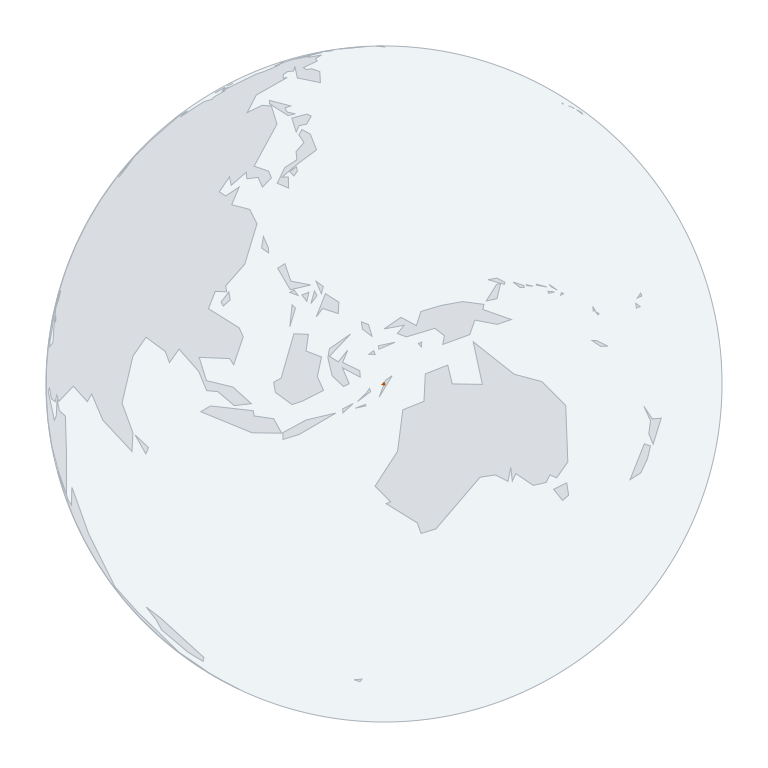 Ermera highlighted on a globe, orthographic projection, rotated 327°
{"feature_id": "TLS-549", "entity_name": "Ermera", "entity_type": "District", "adm_level": 1, "iso_a3": "TLS", "parent_name": "East Timor", "parent_adm1": "", "projection": "orthographic", "projection_center": [125.395, -8.82], "detail": "fine", "context": "on_globe", "style": "filled", "palette": "amber", "viewbox_px": 768, "rotation_deg": 327, "n_neighbors": 0, "source": "natural_earth", "source_scale": "10m", "svg_char_len": 7033}
<svg xmlns="http://www.w3.org/2000/svg" viewBox="0 0 768 768"><g transform="rotate(327 384 384)"><circle cx="384" cy="384" r="338" fill="#eef3f6" stroke="#a8b0b8"/><path d="M648.7,447.6L648.4,450.1L648.0,450.4L648.7,447.6ZM566.4,99.5L567.5,100.3L568.6,102.1L561.5,96.4L566.4,99.5ZM553.1,91.4L551.7,90.7L544.8,86.9L539.6,84.3L531.6,80.2L528.9,78.7L553.1,91.4ZM521.2,75.2L520.7,75.0L511.7,71.2L513.3,71.8L521.2,75.2ZM697.7,266.3L694.9,258.8L697.5,263.8L697.7,266.3ZM692.5,254.2L693.7,256.7L692.6,254.6L692.5,254.2ZM691.4,252.6L692.2,253.8L691.5,253.2L691.4,252.6ZM690.1,251.3L690.7,251.7L690.7,251.9L690.1,251.3ZM687.1,247.2L686.2,246.0L686.5,245.5L687.1,247.2ZM540.3,84.7L542.3,85.9L538.7,84.2L540.3,84.7ZM523.2,76.6L516.9,74.0L522.6,76.2L523.2,76.6ZM512.7,72.2L497.3,66.9L500.5,68.7L482.9,61.6L501.8,67.8L508.4,70.0L508.1,70.2L512.7,72.2ZM475.6,59.0L471.3,57.8L475.0,58.7L475.6,59.0ZM269.8,66.0L270.2,65.8L274.6,64.3L278.6,62.9L278.4,63.6L281.6,62.6L282.9,61.8L290.1,59.5L302.8,56.0L302.0,56.4L297.3,57.7L286.4,61.7L274.0,66.0L275.0,65.9L285.5,62.4L298.9,57.3L306.8,55.3L301.6,57.0L304.1,56.2L307.7,55.3L310.6,55.2L316.9,53.2L358.1,47.4L367.9,47.8L358.6,49.1L386.6,49.1L395.4,51.7L396.6,50.7L410.8,51.4L408.3,50.5L409.9,50.2L445.3,54.4L453.0,56.5L469.6,59.4L470.2,59.2L465.4,57.6L482.9,61.6L500.5,68.7L498.2,68.7L510.8,74.1L503.8,73.7L503.8,76.8L488.8,74.7L490.1,78.2L494.9,80.1L500.3,87.0L494.8,96.6L478.0,80.2L482.2,69.1L478.7,72.3L473.2,69.4L468.0,69.6L466.1,72.7L469.7,74.2L434.3,72.1L417.0,81.9L433.5,83.9L441.0,89.5L435.8,107.7L393.7,130.6L403.2,142.7L401.8,149.8L389.3,152.6L390.9,142.1L380.8,137.2L383.7,131.4L364.1,134.1L367.3,126.1L350.5,133.1L353.7,140.1L369.8,139.9L353.9,150.7L366.5,164.6L364.7,180.5L332.6,207.6L304.6,215.5L302.3,221.0L292.9,214.4L277.8,225.2L293.1,258.0L291.7,267.7L268.4,286.0L268.4,278.6L243.5,261.0L236.9,284.5L255.6,304.2L262.0,328.2L246.7,320.6L240.5,299.9L231.7,293.0L235.5,272.4L231.1,243.1L215.7,249.2L218.3,237.5L209.9,215.2L188.6,223.9L153.9,257.3L146.8,288.3L135.9,303.3L128.5,261.2L133.4,233.2L125.6,237.2L122.3,216.6L101.8,221.5L103.5,215.1L98.6,219.8L97.0,215.2L101.4,204.9L98.3,207.4L87.9,234.7L91.7,232.4L101.4,218.9L97.2,229.6L99.3,237.4L80.5,268.3L57.5,303.8L63.0,281.4L71.7,255.0L82.3,231.7L94.8,209.3L108.8,187.9L124.5,167.6L141.6,148.5L160.2,130.9L180.0,114.6L201.0,99.9L223.0,86.9L246.0,75.5L269.8,66.0ZM62.7,279.3L57.1,305.4L55.8,309.6L56.0,315.3L65.9,300.7L64.2,308.6L54.8,348.4L47.9,407.8L53.3,441.9L60.4,472.5L66.0,497.5L75.6,520.4L79.9,531.2L86.9,544.6L96.0,560.8L96.1,561.0L84.1,539.8L73.7,517.8L64.8,495.0L57.7,471.7L52.2,448.0L48.4,423.9L46.4,399.5L46.2,375.2L47.7,350.8L51.0,326.7L56.0,302.8L62.7,279.3ZM123.9,170.5L128.8,169.0L140.3,153.7L143.2,152.2L146.1,147.9L141.2,152.6L150.3,141.3L157.3,135.8L163.8,129.6L162.4,130.0L148.1,142.3L134.9,158.0L127.9,165.3L123.9,170.5ZM197.8,615.7L204.7,619.5L201.7,620.6L197.8,615.7ZM69.2,458.7L84.0,515.3L81.2,518.0L73.8,502.8L63.6,469.4L64.5,457.4L63.1,441.6L69.2,458.7ZM346.7,388.7L357.2,390.9L356.9,392.5L346.7,388.7ZM335.7,382.4L347.5,383.6L333.8,385.8L335.7,382.4ZM352.2,384.2L364.2,382.0L369.5,379.8L368.6,383.1L352.2,384.2ZM327.7,382.1L285.5,380.1L269.1,375.5L272.7,369.7L299.2,371.8L327.7,382.1ZM271.4,369.5L246.7,353.0L215.3,307.5L226.5,307.9L259.8,335.2L257.7,340.1L272.5,353.0L271.4,369.5ZM332.1,341.5L329.8,356.4L306.3,353.9L295.7,351.2L288.4,331.9L292.4,322.5L301.0,323.0L335.8,292.8L347.6,301.2L336.6,313.9L346.3,327.3L332.1,341.5ZM147.5,291.1L151.8,309.1L146.2,312.9L147.5,291.1ZM351.0,272.2L336.2,284.7L350.0,267.6L351.0,272.2ZM359.8,256.2L360.2,262.9L354.9,256.0L359.8,256.2ZM300.8,229.7L291.7,231.0L292.0,226.5L304.0,222.3L300.8,229.7ZM363.2,194.6L361.1,207.0L358.6,211.2L355.4,203.3L363.2,194.6ZM353.0,47.7L359.3,47.0L361.4,47.0L360.2,47.2L353.0,47.7ZM358.5,47.0L353.4,47.5L352.7,47.5L358.5,47.0ZM569.7,576.0L573.8,581.0L564.2,590.2L550.9,598.4L538.3,598.2L569.7,576.0ZM470.4,578.9L468.9,564.7L483.4,566.4L478.3,577.8L470.4,578.9ZM579.0,569.9L587.6,559.9L589.8,544.1L590.0,559.4L597.9,563.6L576.9,581.1L579.0,569.9ZM413.8,514.5L348.5,533.8L333.7,529.5L336.3,518.7L320.6,485.5L325.4,486.4L320.9,464.8L358.8,447.8L385.7,415.9L408.1,420.3L424.2,398.0L447.7,402.9L441.3,421.1L466.3,437.9L481.8,397.2L498.5,446.7L517.7,468.0L524.7,501.0L495.7,549.5L477.7,556.7L473.6,550.6L466.3,554.9L454.0,550.3L445.8,530.9L438.7,535.3L445.0,522.9L435.0,533.2L427.9,520.9L413.8,514.5ZM582.1,460.8L585.9,463.3L592.3,474.1L586.2,470.5L582.1,460.8ZM639.1,453.5L641.0,458.5L637.0,457.8L639.1,453.5ZM648.0,450.4L643.3,449.9L648.7,447.6L648.0,450.4ZM600.7,438.3L602.7,442.0L601.2,442.6L600.7,438.3ZM599.2,436.8L601.3,432.7L601.1,437.5L599.2,436.8ZM580.5,405.7L582.7,403.9L583.8,406.1L580.5,405.7ZM372.8,392.4L387.2,381.7L395.3,381.5L372.8,392.4ZM577.1,399.7L571.5,397.7L572.0,395.4L577.1,399.7ZM577.4,394.0L576.7,390.4L580.4,399.5L577.4,394.0ZM566.4,383.4L573.4,391.4L565.6,384.0L566.4,383.4ZM562.3,383.2L557.3,379.3L557.6,378.3L562.3,383.2ZM507.4,375.2L525.9,399.3L511.4,395.6L495.0,379.9L482.8,389.3L454.8,382.8L461.0,376.5L457.0,365.0L428.5,356.7L422.8,349.0L432.8,345.7L414.2,337.9L434.5,337.3L442.9,352.7L454.5,343.3L474.8,349.3L494.8,357.7L511.2,371.7L507.4,375.2ZM434.9,368.8L438.5,369.3L435.4,373.3L434.9,368.8ZM547.8,368.8L555.0,377.7L554.2,379.3L550.7,377.3L547.8,368.8ZM515.0,370.0L532.5,361.9L536.7,363.1L525.1,374.0L515.0,370.0ZM528.1,353.2L536.4,356.7L540.8,364.5L539.1,365.9L528.1,353.2ZM393.5,350.5L392.7,354.4L387.5,350.8L393.5,350.5ZM400.1,348.9L416.0,355.0L398.7,352.1L400.1,348.9ZM353.3,331.0L357.7,340.6L371.9,335.8L361.1,343.4L370.9,359.7L367.8,365.3L358.0,347.7L354.9,364.8L348.7,364.0L345.0,348.9L351.2,331.5L357.4,324.7L383.1,323.9L353.3,331.0ZM399.9,337.5L395.8,326.3L398.9,319.6L403.4,325.7L399.9,337.5ZM384.0,300.0L373.6,287.2L363.7,290.9L384.1,276.3L390.7,290.8L384.0,300.0ZM375.8,273.4L366.5,276.7L376.4,268.1L375.8,273.4ZM364.3,272.6L363.7,264.6L370.9,266.2L364.3,272.6ZM380.6,274.2L383.0,260.9L386.2,269.2L380.6,274.2ZM361.9,247.0L376.4,261.0L356.7,253.9L357.9,229.0L366.4,229.1L361.9,247.0ZM421.7,160.4L420.7,154.4L428.9,154.2L427.3,158.3L421.7,160.4ZM454.9,150.9L430.8,152.4L411.3,155.0L416.5,158.3L410.7,167.7L403.8,157.5L418.6,148.5L433.1,148.5L436.8,141.2L448.4,137.9L448.2,128.7L453.8,125.9L458.3,134.5L454.9,150.9ZM447.6,124.9L451.5,110.8L466.3,115.6L468.8,119.7L460.7,123.9L453.4,121.1L447.6,124.9ZM456.8,109.1L449.7,106.6L440.6,86.5L442.4,83.8L457.2,100.0L451.3,98.6L450.9,103.2L456.8,109.1ZM471.8,58.1L471.3,57.8L474.4,58.7L471.8,58.1ZM408.2,49.7L410.9,49.4L414.5,50.1L408.2,49.7ZM420.6,49.4L414.6,48.8L421.2,49.3L420.6,49.4ZM401.2,47.8L412.4,48.5L401.3,48.1L401.2,47.8Z" fill="#d9dde1" stroke="#a8b0b8" stroke-width="1"/><path d="M384.4,383.0L384.6,383.0L384.6,383.3L384.3,383.4L384.3,383.5L384.2,383.8L384.3,383.9L384.5,384.0L384.6,384.3L384.4,384.5L384.3,384.8L384.1,385.0L383.6,385.0L383.5,384.9L383.5,384.7L383.3,384.2L383.2,383.9L382.8,383.7L382.7,383.6L383.0,383.6L383.3,383.4L383.7,383.3L384.0,383.3L384.1,383.2L384.4,383.0Z" fill="#f59e0b" stroke="#b45309" stroke-width="1.5"/></g></svg>